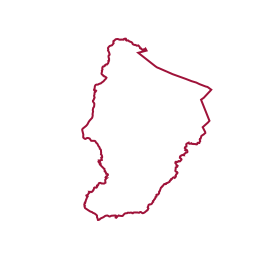 the district of Shinyalu, Western, Kenya, rotated 316°
{"feature_id": "3690345B96442316049931", "entity_name": "Shinyalu", "entity_type": "district", "adm_level": 2, "iso_a3": "KEN", "parent_name": "Kenya", "parent_adm1": "Western", "projection": "orthographic", "projection_center": [34.839, 0.289], "detail": "fine", "context": "isolated", "style": "outline", "palette": "rose", "viewbox_px": 256, "rotation_deg": 316, "n_neighbors": 0, "source": "geoboundaries", "source_scale": "gbopen_adm2", "svg_char_len": 5807}
<svg xmlns="http://www.w3.org/2000/svg" viewBox="0 0 256 256"><g transform="rotate(316 128 128)"><path d="M206.3,138.5L203.7,132.9L197.5,120.3L192.0,106.9L191.5,105.7L191.1,105.0L190.6,102.8L187.6,81.0L195.1,85.2L195.7,83.0L195.0,83.0L192.6,81.6L192.5,81.0L192.7,79.9L192.3,79.6L192.1,79.0L192.4,78.4L192.7,77.9L192.8,75.8L191.6,75.0L191.3,74.5L191.3,74.0L191.1,73.5L190.3,72.7L189.7,71.2L189.8,70.4L190.2,69.8L190.2,69.0L189.9,68.1L189.1,66.6L189.0,65.2L187.7,64.1L187.6,63.5L187.8,63.0L188.3,62.9L188.5,62.3L188.1,61.8L187.5,61.4L186.7,61.1L186.2,61.4L185.8,61.1L185.3,60.4L184.8,59.9L184.2,59.6L183.8,58.9L183.2,58.5L182.6,57.1L182.0,56.4L181.3,56.0L180.7,55.6L179.1,55.6L178.3,55.4L177.8,55.4L177.7,55.9L176.6,56.5L176.4,57.1L174.0,57.4L171.8,56.3L170.7,56.3L169.9,56.4L169.1,56.6L168.2,58.0L167.5,58.3L166.9,60.5L166.6,60.9L166.0,62.2L165.3,62.6L164.6,62.4L164.0,62.7L163.5,63.2L163.3,63.7L162.9,64.0L162.4,65.2L162.0,65.4L161.6,66.0L161.0,66.1L160.5,66.1L160.3,66.8L159.8,66.9L158.7,67.6L157.0,67.7L156.7,67.2L156.2,67.0L155.4,66.9L155.0,67.2L154.5,66.8L153.8,67.0L153.2,66.9L152.6,66.4L151.7,66.6L150.5,67.6L150.4,68.1L149.8,68.4L149.0,68.6L148.7,69.2L146.8,70.4L146.5,71.0L146.5,71.7L146.7,72.6L146.5,73.2L146.8,73.8L146.7,74.3L147.0,74.7L147.4,76.0L147.4,76.9L146.2,77.2L144.9,77.2L142.8,77.4L140.8,77.1L139.4,77.0L138.1,76.3L136.4,75.8L135.5,74.9L134.8,74.6L134.1,74.6L133.1,75.0L131.4,76.4L130.7,76.6L130.0,77.0L129.9,77.7L130.9,78.5L130.9,79.1L129.5,79.4L128.8,79.3L128.2,79.6L127.2,80.6L126.0,81.2L125.7,81.6L125.3,82.7L124.9,83.1L124.2,83.1L123.2,83.8L122.5,83.9L121.8,84.0L121.2,84.6L120.8,86.9L120.4,87.4L118.8,88.8L118.1,89.2L117.2,89.3L115.7,90.2L115.0,90.8L114.4,91.8L112.0,93.5L111.7,94.1L111.0,94.7L109.8,95.5L109.1,95.8L105.6,96.0L104.6,96.2L103.7,96.4L101.4,97.2L100.6,97.3L99.4,97.4L94.9,97.0L94.0,97.3L93.5,97.9L91.3,101.7L90.1,102.8L89.2,103.8L89.3,105.2L89.6,106.1L90.1,106.4L90.8,106.5L91.7,106.8L92.3,107.4L93.1,108.9L92.6,111.5L93.1,112.2L93.7,112.7L95.1,114.1L95.3,114.9L94.9,116.2L95.0,118.1L94.3,120.2L94.1,121.0L94.2,121.6L93.7,122.9L93.3,123.3L93.4,124.5L93.1,125.2L91.7,126.8L91.4,127.3L90.2,128.2L90.3,128.8L90.2,129.5L89.4,130.8L88.9,131.2L88.2,130.8L87.9,131.4L87.4,131.7L87.3,132.4L87.0,132.8L86.4,132.3L85.6,132.2L84.8,131.4L84.6,132.2L83.5,131.6L83.2,132.2L83.7,133.8L83.7,134.3L83.4,134.8L83.0,134.6L82.7,134.1L82.4,134.7L82.5,135.4L82.4,137.2L82.5,138.9L82.4,140.3L82.7,140.9L81.9,141.9L81.7,142.9L81.1,143.1L81.3,144.5L80.8,145.1L80.5,145.8L81.0,146.2L81.1,146.7L81.3,147.3L81.0,147.8L80.2,147.8L79.4,148.0L78.7,147.7L78.0,147.8L77.4,148.0L77.3,148.7L77.7,149.2L77.0,149.1L76.5,149.4L75.5,149.5L73.8,151.7L73.1,151.5L72.5,151.5L71.8,151.0L71.4,150.4L70.7,149.9L70.3,149.2L70.2,148.5L69.4,147.8L68.6,147.5L67.0,148.3L66.5,148.0L65.7,147.8L65.3,148.2L65.2,148.8L64.0,149.0L63.5,148.7L63.2,148.1L62.7,147.6L62.1,147.5L60.3,148.6L59.7,148.5L59.2,148.8L58.7,148.9L57.4,148.8L57.2,148.3L56.6,147.9L55.8,147.0L55.6,147.7L55.1,147.8L54.4,147.5L53.8,147.8L52.9,148.1L51.2,147.6L51.0,148.1L51.3,148.7L51.4,149.2L49.5,149.8L48.8,150.2L47.5,150.7L46.5,151.4L45.3,151.6L45.3,152.1L44.7,152.4L44.1,152.3L43.6,152.5L43.1,153.0L42.9,154.1L42.3,154.1L41.8,155.0L41.5,155.8L42.3,159.6L42.8,161.7L43.8,163.8L43.8,164.6L44.2,165.4L44.6,166.4L44.8,167.7L44.9,169.2L44.7,169.7L43.8,170.5L43.2,172.1L42.5,173.2L43.1,173.8L44.3,174.1L45.0,174.0L45.6,174.1L48.4,175.1L50.5,175.4L51.5,175.9L52.5,176.8L53.1,178.7L53.8,179.2L55.0,179.5L58.1,182.1L58.4,182.7L57.9,183.2L57.3,183.4L56.9,183.8L57.2,184.4L59.5,184.3L60.5,184.4L61.1,185.5L62.2,186.7L62.5,187.1L63.1,187.5L64.9,187.3L66.1,187.3L66.7,187.5L68.3,188.7L69.1,188.8L70.3,190.2L71.0,190.6L71.9,191.5L71.9,192.3L72.3,192.7L73.0,192.7L73.6,192.9L74.8,194.0L75.1,194.4L76.0,195.2L76.7,196.2L77.2,196.7L78.4,196.9L78.9,197.5L79.1,198.8L79.3,199.4L80.0,199.9L81.4,200.3L83.4,200.4L83.9,200.6L84.9,200.4L85.5,200.6L86.0,200.2L86.8,200.0L87.0,199.3L87.1,198.7L87.8,198.5L89.5,197.6L90.6,198.0L91.0,198.5L91.5,198.8L92.8,199.0L94.0,198.5L94.8,198.6L95.2,197.9L96.0,198.0L96.6,197.9L97.1,197.6L98.2,197.7L99.0,197.4L99.6,196.8L100.2,196.9L100.7,197.1L101.1,196.9L101.8,195.9L102.6,196.0L103.1,196.6L103.6,196.8L105.0,196.5L105.5,196.2L105.8,195.6L106.4,195.3L107.3,195.4L107.8,195.0L110.3,193.8L111.1,194.0L111.8,193.7L112.4,193.9L115.0,193.5L115.6,193.8L115.9,194.4L116.6,194.7L117.2,194.3L118.4,195.0L119.1,195.1L120.3,195.5L121.0,195.4L121.6,194.9L122.4,195.2L122.9,195.2L123.5,194.7L124.4,195.2L125.5,194.9L126.6,195.2L127.1,195.7L127.0,196.3L127.7,196.4L128.9,196.0L129.1,195.3L129.8,195.2L130.4,194.8L131.8,194.9L132.5,194.6L132.7,193.8L132.3,193.2L132.2,191.9L132.5,191.5L133.7,190.7L134.5,189.9L135.0,189.5L136.0,190.0L136.7,190.0L137.4,189.6L137.2,189.1L137.0,188.5L137.5,188.0L137.7,186.1L138.4,185.5L139.1,185.6L139.3,186.2L139.8,186.7L141.3,186.9L141.4,187.5L142.0,187.6L142.4,188.1L144.5,187.9L144.8,187.5L144.8,186.1L144.6,185.5L145.1,185.0L145.8,184.6L146.3,184.8L147.0,184.7L147.7,184.9L148.3,185.2L149.3,186.4L149.6,185.7L151.0,186.0L152.2,185.8L153.3,186.5L153.9,186.6L154.5,186.1L155.0,185.1L155.0,184.6L154.6,184.2L153.9,184.1L153.8,183.6L154.6,183.4L155.0,182.7L154.9,181.9L155.5,181.5L156.2,181.5L157.2,181.9L157.8,181.3L158.2,180.5L159.1,180.0L161.5,180.7L161.1,181.5L161.5,182.3L162.3,182.8L162.9,182.9L162.9,183.7L163.2,184.2L163.8,184.5L164.1,185.2L165.0,186.0L165.4,186.5L165.6,187.1L166.2,187.6L166.8,187.6L167.3,187.1L167.9,187.1L168.9,188.3L170.1,187.7L170.7,187.7L171.0,187.3L171.2,186.8L171.5,186.2L172.2,185.8L172.8,186.1L175.3,184.7L177.2,185.0L177.8,185.2L179.1,185.2L180.1,185.3L180.7,184.6L182.3,179.3L189.3,179.6L191.6,179.4L200.2,158.4L203.5,158.9L211.2,158.5L212.1,158.5L214.5,158.3L213.7,153.7L212.7,152.1L209.9,146.1L208.7,142.8L206.3,138.5Z" fill="none" stroke="#9f1239" stroke-width="2"/></g></svg>